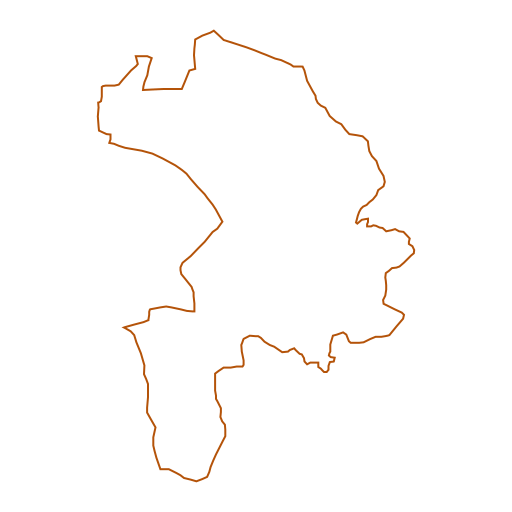 Halabcha, As-Sulaymaniyah, Iraq
{"feature_id": "34846034B67264073740881", "entity_name": "Halabcha", "entity_type": "district", "adm_level": 2, "iso_a3": "IRQ", "parent_name": "Iraq", "parent_adm1": "As-Sulaymaniyah", "projection": "natural_earth1", "projection_center": [45.937, 35.187], "detail": "fine", "context": "isolated", "style": "outline", "palette": "amber", "viewbox_px": 512, "rotation_deg": 0, "n_neighbors": 0, "source": "geoboundaries", "source_scale": "gbopen_adm2", "svg_char_len": 4161}
<svg xmlns="http://www.w3.org/2000/svg" viewBox="0 0 512 512"><path d="M109.3,142.9L109.8,143.0L114.0,143.8L118.8,145.8L125.1,147.8L141.7,150.7L152.4,153.6L162.7,158.5L175.4,165.4L181.7,169.8L186.5,173.7L190.8,179.1L197.6,186.9L204.7,194.3L207.5,198.2L212.6,204.6L215.8,209.5L222.4,221.7L222.1,222.1L217.7,228.1L217.4,228.6L212.6,232.0L212.2,232.5L205.1,241.3L204.7,241.8L198.3,248.2L190.8,256.0L182.8,262.6L182.5,262.9L182.4,263.1L180.5,267.3L180.5,270.2L181.3,274.1L185.7,279.5L188.4,282.9L191.6,286.9L192.4,289.3L193.6,292.3L193.6,296.2L194.4,303.5L194.4,307.4L194.4,310.9L194.4,311.4L194.0,311.4L192.4,311.4L186.8,310.9L180.9,309.4L171.4,307.4L166.2,306.5L160.3,307.4L155.1,308.4L150.2,309.3L149.8,309.8L149.2,311.8L149.2,314.8L148.4,319.8L148.4,320.2L148.0,320.3L143.6,322.1L134.1,324.6L124.8,327.2L124.0,327.5L124.4,327.7L130.7,331.3L134.2,335.1L136.4,342.3L140.9,353.3L144.4,365.4L144.0,374.2L146.2,379.1L148.0,384.0L148.0,388.4L148.0,397.2L147.1,407.7L147.1,412.6L151.1,419.7L155.5,427.4L153.3,437.3L153.3,445.6L154.6,451.1L156.4,457.7L160.4,469.2L168.8,469.2L176.4,473.0L180.4,475.2L184.0,478.0L190.6,479.6L196.4,481.3L202.2,479.1L206.9,477.0L207.1,476.9L207.3,476.5L209.3,471.9L210.6,467.0L213.3,460.4L216.0,454.4L219.1,448.3L222.7,441.2L225.3,436.2L225.3,429.6L224.9,424.7L222.2,421.4L220.4,417.0L220.9,412.1L220.9,408.2L217.3,401.1L216.0,398.9L216.0,395.6L215.1,390.6L215.1,381.8L215.1,373.8L215.1,373.6L215.5,373.3L218.7,370.9L223.6,367.6L230.7,367.6L236.9,366.5L242.5,366.5L242.9,366.0L243.6,364.8L243.6,362.6L243.6,360.4L241.8,351.6L241.3,345.0L242.2,342.8L243.4,339.3L243.6,339.0L243.8,338.8L249.8,335.7L255.6,336.2L258.2,336.2L260.9,337.9L264.5,341.7L269.8,345.0L274.2,346.7L282.2,352.2L288.0,351.6L289.8,350.0L294.2,348.3L295.6,350.0L299.6,353.8L301.8,354.4L304.0,358.2L304.5,361.5L307.1,364.3L310.3,362.6L315.6,362.6L318.3,362.6L318.3,367.0L320.9,368.7L322.3,370.3L324.0,372.0L326.7,372.0L327.1,371.5L328.1,370.2L328.5,369.8L328.5,365.9L329.7,362.5L329.8,362.1L330.1,362.0L333.5,361.6L333.8,361.5L333.9,361.1L334.7,357.7L330.7,357.1L328.9,355.5L329.4,353.3L330.3,351.6L330.3,344.5L332.8,336.1L332.9,335.7L333.2,335.6L336.9,334.6L343.1,332.4L346.3,334.6L347.6,337.9L348.9,341.2L350.7,342.8L355.1,342.8L359.2,342.8L363.6,342.3L370.3,339.0L375.6,336.8L381.4,336.8L386.1,336.0L386.8,335.8L387.6,335.7L389.4,335.1L396.5,326.4L403.1,318.7L404.0,314.8L401.8,312.6L394.7,309.3L387.1,305.5L383.6,303.8L383.1,300.0L385.3,295.6L386.2,289.6L386.2,285.2L385.8,280.8L385.3,277.5L385.8,273.1L388.9,270.9L392.0,268.1L396.4,267.6L399.5,266.5L404.0,262.6L411.1,255.5L413.8,253.3L414.2,250.0L412.4,246.2L408.9,244.0L408.9,241.8L409.7,238.5L407.1,235.7L403.5,231.9L399.1,231.3L395.1,229.1L391.5,230.2L386.2,231.3L382.6,228.0L379.5,227.5L376.0,225.8L373.3,225.3L371.1,226.4L367.1,226.4L367.1,224.2L368.0,222.0L368.0,218.7L364.9,219.2L361.8,219.8L358.6,222.5L357.3,223.6L356.0,222.5L356.9,219.2L357.7,216.0L359.1,212.1L360.9,208.8L363.1,206.6L366.6,205.0L369.3,202.2L372.8,199.5L376.4,195.1L378.2,190.1L383.5,186.3L384.8,181.9L383.5,175.9L379.7,169.8L379.0,168.7L376.4,161.0L371.9,156.1L369.3,151.1L368.4,145.7L367.9,141.3L362.6,136.3L356.8,135.2L349.3,134.1L345.3,129.7L341.3,124.2L335.9,121.5L329.7,116.0L325.3,107.8L320.8,105.6L317.7,102.8L315.9,99.0L315.5,95.7L312.8,91.3L307.1,80.8L304.4,70.4L302.6,66.6L298.9,66.5L293.4,66.5L290.6,64.5L281.1,60.1L275.2,58.6L265.7,54.7L261.5,53.1L254.6,50.3L246.7,47.4L233.2,43.0L223.7,40.0L218.6,35.1L213.8,30.7L210.3,32.7L202.4,35.6L195.2,39.5L194.8,44.9L194.4,48.3L194.0,55.2L195.2,68.9L189.4,70.5L184.9,81.6L181.8,89.0L174.2,89.0L163.5,89.0L152.5,89.5L143.0,90.0L143.4,86.5L144.5,82.1L147.3,75.3L148.9,66.5L151.7,58.1L147.3,56.2L143.4,56.2L135.8,56.2L137.8,64.0L136.2,66.0L131.1,70.4L122.8,79.7L118.8,84.6L118.1,84.8L114.5,85.6L110.9,85.6L105.7,85.6L103.0,86.1L101.8,87.0L101.8,88.6L101.8,89.9L101.8,91.4L101.8,93.0L101.8,95.3L101.8,96.8L101.0,101.2L99.4,102.2L98.3,102.7L98.2,102.7L98.3,104.2L98.5,106.8L98.6,107.6L98.5,108.3L97.9,115.7L97.8,116.4L97.9,117.3L98.6,126.7L99.0,130.6L106.5,134.1L110.5,134.5L110.5,136.1L110.5,137.9L110.5,139.4L109.8,141.4L109.3,142.9Z" fill="none" stroke="#b45309" stroke-width="2"/></svg>